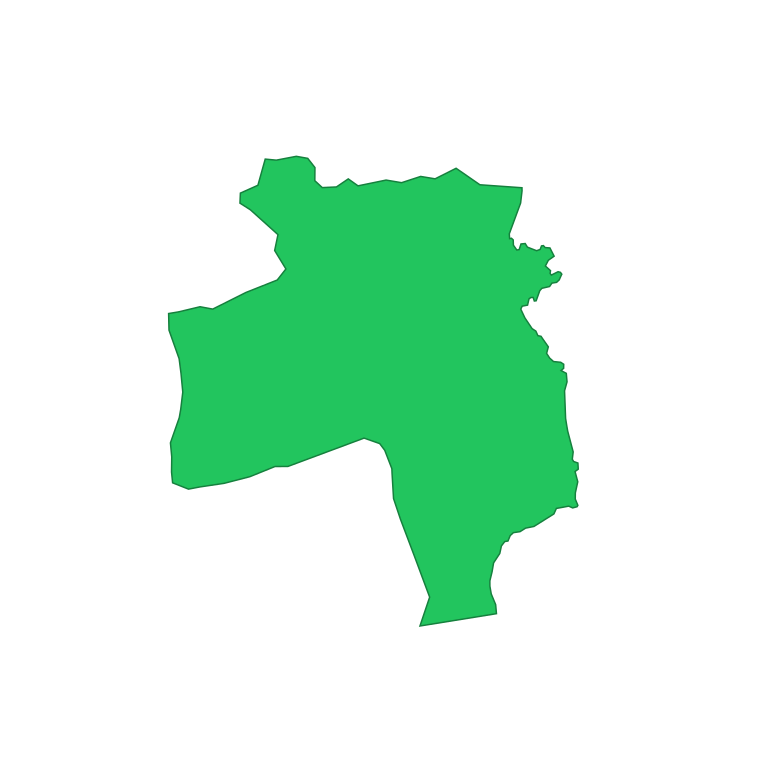 Fako, Sud-Ouest, Cameroon, rotated 233°
{"feature_id": "32672807B90592144632468", "entity_name": "Fako", "entity_type": "district", "adm_level": 2, "iso_a3": "CMR", "parent_name": "Cameroon", "parent_adm1": "Sud-Ouest", "projection": "mercator", "projection_center": [9.222, 4.196], "detail": "fine", "context": "isolated", "style": "filled", "palette": "green", "viewbox_px": 768, "rotation_deg": 233, "n_neighbors": 0, "source": "geoboundaries", "source_scale": "gbopen_adm2", "svg_char_len": 2007}
<svg xmlns="http://www.w3.org/2000/svg" viewBox="0 0 768 768"><g transform="rotate(233 384 384)"><path d="M569.9,254.4L556.4,244.7L527.5,235.6L514.7,228.3L498.6,218.4L486.1,206.4L480.3,200.2L465.5,178.0L453.5,170.6L441.5,161.3L432.3,155.7L417.7,164.6L412.6,175.0L400.9,196.5L390.7,221.1L383.7,247.3L376.0,257.6L352.8,335.5L339.0,344.7L330.6,344.7L311.6,339.3L307.7,336.6L286.8,322.7L266.2,315.8L228.6,304.8L186.3,292.2L169.1,267.1L132.9,335.6L140.6,340.4L151.8,343.3L158.8,346.9L163.1,350.1L169.0,357.3L175.2,363.9L179.0,374.5L184.0,380.3L185.5,385.6L184.0,388.5L187.0,393.6L187.4,397.9L184.2,403.8L183.7,410.3L180.0,418.0L178.0,441.5L180.9,446.8L178.3,451.9L175.3,458.0L171.5,460.1L169.8,464.3L170.4,465.8L177.0,467.5L181.9,471.3L189.3,479.9L199.1,483.9L199.1,487.9L204.2,491.3L208.0,488.8L210.6,489.1L215.9,494.2L235.7,502.3L240.6,504.8L247.2,508.3L269.9,524.1L275.6,531.5L282.8,536.0L288.2,533.5L288.4,536.9L291.6,539.4L295.0,538.2L299.9,532.9L305.0,531.9L310.6,532.3L314.8,537.6L323.8,537.9L327.6,538.1L330.0,536.0L334.9,537.1L339.1,535.6L352.0,536.3L361.5,538.3L363.0,541.2L360.6,546.1L364.7,551.0L364.7,553.3L363.4,555.2L359.8,554.0L358.9,555.6L364.8,564.6L365.4,567.7L362.2,574.9L363.5,578.8L361.3,583.0L361.7,586.6L364.2,591.1L364.7,592.1L367.0,592.1L368.9,590.6L370.3,583.2L372.4,583.2L374.3,585.2L381.1,583.9L383.9,589.7L383.7,596.8L392.8,598.4L396.0,594.8L398.6,594.6L399.5,592.9L397.5,589.7L398.6,586.1L407.0,580.9L411.2,581.3L413.4,577.7L410.0,572.8L411.1,570.7L417.0,570.9L421.3,573.9L422.5,573.7L423.7,573.5L424.5,571.8L428.5,574.4L446.3,602.0L455.2,610.5L457.7,612.3L485.4,580.5L512.9,571.4L517.1,548.3L527.7,538.2L534.2,519.2L545.6,508.4L557.9,482.5L569.3,478.9L570.0,464.6L578.0,452.9L588.0,451.1L598.4,459.1L610.1,458.9L618.6,451.0L627.6,432.7L635.1,424.5L628.0,415.2L618.6,402.9L622.9,384.2L615.1,377.8L603.6,382.1L567.1,389.2L556.4,377.0L534.9,374.9L531.3,361.3L540.2,328.8L546.9,292.3L556.4,283.6L565.3,263.2L569.9,254.4Z" fill="#22c55e" stroke="#15803d" stroke-width="1.5"/></g></svg>